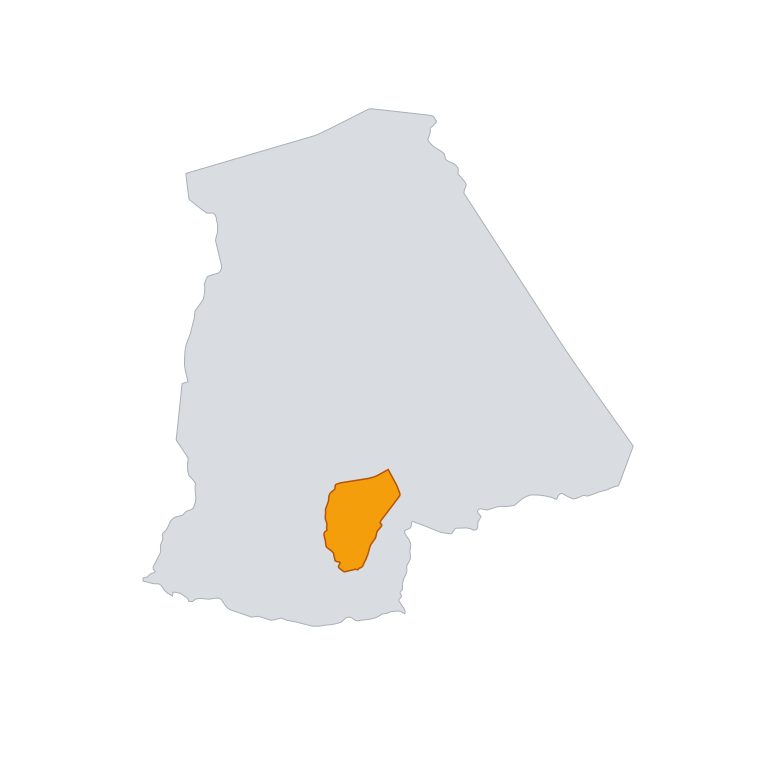 El Bayadh highlighted on a map of Algeria, rotated 199°
{"feature_id": "DZA-2190", "entity_name": "El Bayadh", "entity_type": "Province", "adm_level": 1, "iso_a3": "DZA", "parent_name": "Algeria", "parent_adm1": "", "projection": "natural_earth1", "projection_center": [1.021, 32.573], "detail": "fine", "context": "in_parent", "style": "filled", "palette": "amber", "viewbox_px": 768, "rotation_deg": 199, "n_neighbors": 0, "source": "natural_earth", "source_scale": "10m", "svg_char_len": 5381}
<svg xmlns="http://www.w3.org/2000/svg" viewBox="0 0 768 768"><g transform="rotate(199 384 384)"><path d="M547.8,119.3L548.3,120.9L548.5,122.4L546.2,123.8L544.8,124.6L543.1,128.4L539.8,130.9L539.3,131.7L539.3,132.4L541.6,133.6L542.4,134.7L542.7,136.2L541.9,141.5L540.6,151.0L540.7,153.0L541.6,155.5L542.5,157.4L542.8,159.5L542.6,164.9L543.7,167.9L544.6,170.8L542.7,174.3L541.9,177.4L541.5,181.9L541.3,184.7L540.1,187.4L538.5,189.8L536.7,191.3L534.4,192.6L531.7,194.4L529.7,199.0L525.1,202.8L524.1,204.2L523.7,207.3L523.9,211.5L524.8,215.0L527.1,220.0L529.2,225.5L529.8,228.3L530.6,229.4L533.4,231.2L538.3,233.7L539.2,234.7L541.6,238.5L544.0,245.3L544.8,249.9L553.5,256.8L561.7,262.9L562.4,263.9L567.2,284.7L568.9,292.1L575.1,318.8L572.8,320.3L570.1,322.2L572.2,325.8L576.1,331.7L578.5,336.4L579.3,338.5L581.2,344.4L582.8,350.1L583.2,352.0L583.9,356.4L583.5,368.5L584.8,383.9L586.4,391.6L584.3,398.5L582.5,405.1L582.7,408.4L583.9,413.6L585.0,417.5L586.4,419.5L586.3,425.9L585.7,428.3L581.5,431.7L576.8,434.8L575.5,437.4L575.2,440.4L575.9,442.7L589.9,464.6L590.4,466.8L590.8,473.0L593.2,480.7L595.7,484.1L596.7,486.7L598.5,488.5L600.2,489.8L601.3,490.0L607.4,487.8L617.9,491.3L627.9,494.9L628.7,495.6L634.6,507.5L639.9,518.6L529.1,597.2L516.9,609.2L488.3,638.7L486.1,640.0L447.9,648.6L428.1,653.0L427.2,653.2L426.1,653.3L425.2,653.2L423.5,652.5L421.5,650.7L420.1,649.8L419.8,648.4L420.6,646.6L421.5,644.9L421.9,643.6L422.6,642.6L423.5,641.8L423.5,640.7L422.8,638.8L422.1,636.2L422.1,631.6L422.2,629.4L420.3,627.6L416.8,625.7L413.7,624.5L412.2,624.1L408.7,623.4L403.8,622.1L402.1,621.3L399.0,616.9L397.4,615.8L390.1,615.1L387.7,614.4L385.7,613.3L384.0,611.9L383.1,609.6L382.8,607.6L382.2,606.7L374.1,602.0L372.1,600.4L371.0,598.9L371.0,596.7L371.2,594.0L370.9,591.6L370.5,590.4L230.0,480.3L222.5,474.6L205.4,461.9L128.1,406.4L129.0,366.7L129.2,364.7L129.7,363.8L132.2,362.3L136.2,359.0L137.6,357.5L139.5,356.0L146.2,351.5L147.5,350.2L154.0,345.0L155.5,344.2L158.9,343.7L160.4,342.7L162.3,340.7L165.2,338.3L167.0,337.2L167.5,336.9L168.6,336.8L174.5,337.5L176.9,338.0L179.8,338.5L180.8,338.2L181.6,337.4L182.7,335.7L183.0,333.8L183.1,332.1L183.3,331.3L183.8,331.0L185.1,331.1L186.8,331.3L190.3,331.3L191.5,331.0L195.4,330.6L201.1,329.5L209.1,326.9L212.9,323.9L215.8,320.7L218.7,315.9L221.1,311.8L225.8,309.2L229.7,307.6L231.9,307.0L236.9,304.8L245.3,298.4L252.2,297.5L253.1,296.9L254.0,295.8L254.1,293.9L253.0,292.5L251.6,291.8L250.6,291.0L249.6,290.9L249.1,290.0L249.4,288.2L249.6,286.6L250.2,285.1L250.1,282.8L249.1,280.6L248.8,279.0L248.9,277.4L249.4,276.1L250.9,275.3L252.5,275.0L254.8,275.4L258.9,274.9L269.2,271.0L269.9,269.8L270.6,267.1L271.3,264.8L272.4,264.0L273.0,263.8L281.3,262.3L283.1,262.2L298.4,263.0L311.6,263.4L312.8,262.9L312.8,261.2L311.9,258.0L312.5,256.0L314.4,254.2L316.8,252.1L315.7,249.6L313.8,248.0L311.2,246.0L309.8,245.1L307.5,242.7L306.1,240.0L305.1,234.1L303.3,230.9L302.1,226.8L303.3,219.5L301.6,215.0L301.3,213.1L301.3,210.8L301.9,206.9L301.6,201.3L299.6,195.6L300.6,193.7L301.0,192.7L300.9,191.8L299.0,190.0L298.2,188.5L298.7,187.1L299.7,185.1L299.6,184.2L296.6,181.7L291.5,177.7L290.1,176.0L289.5,173.7L294.3,174.3L296.8,174.0L302.6,171.4L307.2,167.8L310.8,166.0L313.9,162.1L316.8,159.6L320.9,157.0L332.7,151.2L334.5,151.2L338.4,152.5L341.8,152.1L344.1,150.1L346.6,145.3L350.4,142.3L355.3,139.4L361.9,136.5L366.2,134.0L373.0,131.7L390.2,130.3L399.0,129.0L405.0,129.3L411.0,125.2L414.0,123.8L427.1,123.5L433.3,120.5L456.6,120.5L459.5,121.5L462.3,123.1L467.2,127.0L469.6,127.9L472.6,127.1L479.8,123.4L487.9,121.5L492.2,119.3L494.1,116.1L497.8,114.9L500.0,117.4L508.4,119.8L513.6,119.1L515.8,118.4L514.9,114.7L520.4,115.7L524.6,117.5L529.1,121.0L531.9,121.7L537.1,120.1L547.8,119.3Z" fill="#d9dde1" stroke="#a8b0b8" stroke-width="1"/><path d="M351.0,199.6L352.2,198.6L352.4,198.4L357.7,195.1L357.8,195.0L359.6,193.9L360.4,193.6L361.0,193.5L366.3,195.2L367.2,196.0L367.7,196.5L367.3,200.0L367.3,200.6L367.5,200.9L367.8,201.0L371.5,200.7L372.5,200.9L372.9,201.1L373.2,201.6L373.7,202.8L375.0,204.5L376.3,207.2L376.8,207.7L377.2,208.0L378.5,208.6L379.6,209.2L383.3,210.3L384.4,210.8L385.2,211.2L385.7,211.6L386.1,212.0L386.5,212.7L388.2,216.3L391.5,221.5L391.8,222.4L392.0,223.7L391.8,224.6L391.6,225.4L390.7,226.5L390.5,226.8L390.4,227.2L390.5,227.6L390.8,228.1L391.2,228.8L391.5,229.2L391.6,229.7L391.9,231.5L392.1,232.2L392.4,233.1L393.0,234.1L395.4,237.1L396.1,238.8L397.5,243.9L398.2,245.4L398.4,246.3L398.5,247.7L398.4,254.8L398.5,255.9L399.3,258.8L399.5,259.9L399.6,260.9L399.5,262.1L399.3,263.2L398.9,264.2L396.8,267.5L396.4,268.4L396.4,269.4L396.5,270.3L397.0,271.7L397.1,272.3L397.0,272.8L396.6,273.4L396.1,274.0L394.0,275.5L393.3,276.2L367.7,289.8L363.0,293.0L360.8,295.0L352.2,304.5L338.8,292.2L333.5,285.8L332.8,284.2L332.8,283.1L341.6,256.3L342.3,254.1L342.5,252.9L342.5,252.3L342.5,251.9L342.5,251.6L342.4,251.3L342.3,251.2L342.0,251.0L341.7,250.9L341.3,250.8L341.0,250.7L340.6,250.5L340.2,249.8L340.2,249.2L340.2,248.5L342.3,242.8L342.5,242.1L342.5,241.7L341.9,236.3L342.0,235.7L342.2,234.5L342.7,232.9L344.0,228.3L344.2,227.1L344.3,225.1L343.8,217.8L344.0,212.4L344.8,206.4L344.8,205.1L345.1,204.3L345.4,203.8L345.6,203.5L346.3,202.7L347.2,201.9L347.5,201.5L347.7,201.3L347.7,201.1L347.8,200.8L348.1,200.4L348.3,200.1L348.4,199.8L348.6,199.7L349.1,199.6L349.5,199.6L351.0,199.6Z" fill="#f59e0b" stroke="#b45309" stroke-width="1.5"/></g></svg>